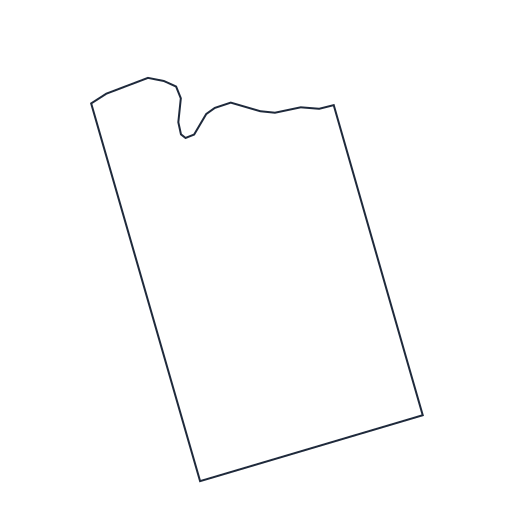 outline of Potter, South Dakota, United States of America, rotated 74°
{"feature_id": "52423323B36213631137134", "entity_name": "Potter", "entity_type": "district", "adm_level": 2, "iso_a3": "USA", "parent_name": "United States of America", "parent_adm1": "South Dakota", "projection": "orthographic", "projection_center": [-100.174, 45.072], "detail": "fine", "context": "isolated", "style": "outline", "palette": "slate", "viewbox_px": 512, "rotation_deg": 74, "n_neighbors": 0, "source": "geoboundaries", "source_scale": "gbopen_adm2", "svg_char_len": 435}
<svg xmlns="http://www.w3.org/2000/svg" viewBox="0 0 512 512"><g transform="rotate(74 256 256)"><path d="M457.0,371.8L455.0,139.6L391.3,139.7L132.4,139.7L131.9,154.7L125.4,172.0L123.5,198.3L118.0,212.0L101.6,238.0L102.3,254.8L105.8,264.7L122.2,282.0L123.1,291.2L118.4,294.6L106.0,293.8L83.7,284.8L71.1,286.1L62.4,296.3L55.0,310.8L58.7,355.1L63.9,372.4L409.0,371.9L457.0,371.8Z" fill="none" stroke="#1e293b" stroke-width="2"/></g></svg>